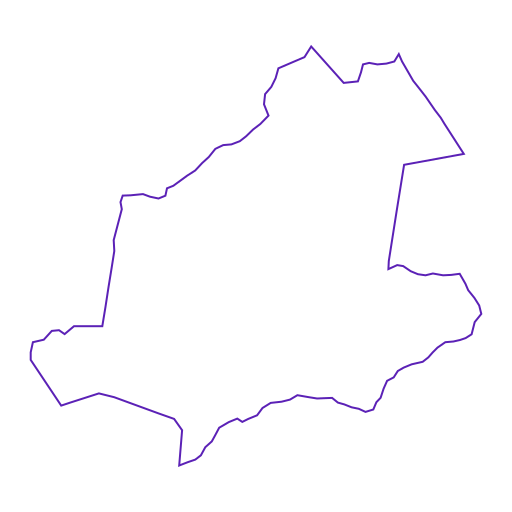 the district of Guaiúba, Ceará, Brazil
{"feature_id": "56859067B40987970950601", "entity_name": "Guaiúba", "entity_type": "district", "adm_level": 2, "iso_a3": "BRA", "parent_name": "Brazil", "parent_adm1": "Ceará", "projection": "natural_earth1", "projection_center": [-38.661, -4.098], "detail": "fine", "context": "isolated", "style": "outline", "palette": "violet", "viewbox_px": 512, "rotation_deg": 0, "n_neighbors": 0, "source": "geoboundaries", "source_scale": "gbopen_adm2", "svg_char_len": 1717}
<svg xmlns="http://www.w3.org/2000/svg" viewBox="0 0 512 512"><path d="M373.3,409.5L376.4,402.2L380.6,397.8L383.6,388.7L387.1,380.8L393.7,377.4L397.8,371.0L403.7,367.6L411.7,364.3L422.7,361.8L428.3,357.4L432.7,352.4L437.5,347.6L445.3,342.2L453.4,341.5L460.0,340.0L465.6,338.1L471.6,334.3L474.7,322.1L481.3,313.9L479.2,305.5L474.4,297.9L468.2,290.2L465.4,283.7L459.7,273.8L451.2,274.9L443.1,275.3L432.9,273.5L425.5,275.3L417.9,274.2L410.7,271.2L403.2,266.1L397.2,265.1L388.4,269.1L388.8,261.0L396.5,212.0L397.6,205.1L404.1,164.8L463.8,153.9L444.3,123.6L440.8,117.8L434.9,110.1L430.7,104.0L425.7,96.7L418.6,87.6L413.2,80.8L402.0,61.4L398.8,54.1L394.3,61.5L386.4,63.6L377.4,64.4L369.2,62.9L363.0,64.4L361.0,72.3L357.9,81.4L343.7,82.9L311.2,46.5L304.5,57.1L278.4,68.3L275.6,78.2L271.3,86.9L265.1,94.1L264.0,104.3L268.5,115.6L260.3,124.0L253.1,129.5L246.1,136.3L239.8,141.2L231.4,144.4L223.2,145.1L215.4,148.8L208.8,157.0L202.2,163.0L195.2,170.5L187.1,175.7L173.3,185.8L167.0,188.3L165.4,195.7L158.5,198.5L150.0,196.7L143.0,194.1L130.6,195.3L122.7,195.6L120.5,202.1L121.8,209.2L113.7,240.1L114.3,251.0L111.7,267.5L108.5,287.2L105.4,307.4L102.3,326.2L74.0,326.2L64.6,334.1L59.0,330.2L51.8,330.9L43.8,339.7L32.9,342.2L30.7,352.3L30.7,359.9L61.2,405.6L70.2,402.6L98.9,393.4L114.2,397.2L126.5,401.7L158.8,413.5L174.1,418.9L182.1,430.2L179.2,465.5L187.7,462.2L195.3,459.6L200.9,455.3L205.3,447.2L211.8,441.4L215.0,435.6L219.2,427.7L228.8,422.1L237.3,418.6L242.3,421.9L248.3,418.9L257.1,415.3L262.5,408.0L270.7,402.9L281.6,401.7L290.0,399.6L297.4,395.2L308.9,397.2L317.1,398.5L324.0,398.2L332.1,397.9L337.9,402.6L344.3,404.4L351.6,407.3L358.8,408.8L365.5,411.9L373.3,409.5Z" fill="none" stroke="#5b21b6" stroke-width="2"/></svg>